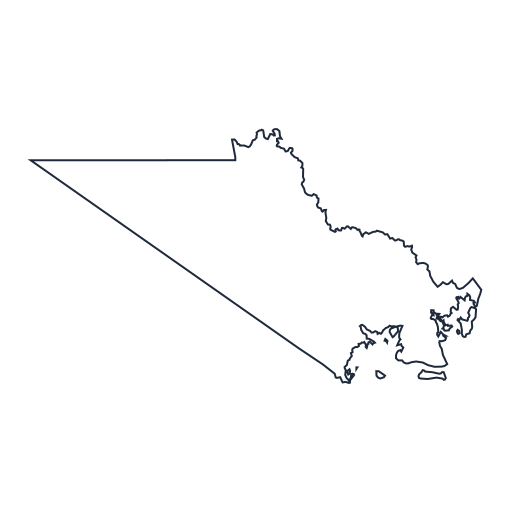 Lunga Lunga, Coast, Kenya (Albers equal-area conic projection)
{"feature_id": "3690345B53478860661951", "entity_name": "Lunga Lunga", "entity_type": "district", "adm_level": 2, "iso_a3": "KEN", "parent_name": "Kenya", "parent_adm1": "Coast", "projection": "albers", "projection_center": [39.245, -4.434], "detail": "fine", "context": "isolated", "style": "outline", "palette": "slate", "viewbox_px": 512, "rotation_deg": 0, "n_neighbors": 0, "source": "geoboundaries", "source_scale": "gbopen_adm2", "svg_char_len": 6139}
<svg xmlns="http://www.w3.org/2000/svg" viewBox="0 0 512 512"><path d="M30.7,160.3L298.8,348.3L322.7,364.3L334.7,373.7L335.7,377.4L337.0,377.9L340.2,377.2L342.6,382.4L345.7,381.9L348.5,382.9L349.9,382.7L350.1,380.3L349.2,381.2L348.4,379.8L346.7,378.2L345.2,374.9L345.8,370.2L344.8,368.4L344.6,367.0L346.9,365.0L347.8,360.6L349.5,359.8L349.8,358.5L351.8,356.0L350.9,353.1L352.6,352.1L352.2,349.9L352.7,348.6L355.5,347.0L357.2,347.1L358.9,346.0L358.6,343.9L360.7,343.7L361.8,342.5L363.2,342.7L364.3,342.0L366.2,345.5L365.6,346.8L366.7,348.0L367.3,346.2L367.1,344.4L368.4,343.9L368.4,342.4L369.7,341.6L372.5,344.4L373.3,343.2L374.9,342.7L374.0,341.7L369.3,338.9L366.7,338.6L366.6,335.3L365.3,333.9L363.2,333.3L361.2,329.8L360.7,326.9L359.9,326.2L360.9,325.2L362.1,324.8L363.6,325.7L364.9,326.7L366.8,329.4L370.0,330.9L371.6,332.6L373.2,332.4L375.2,331.2L377.3,332.0L377.6,333.9L379.4,332.9L380.9,333.8L382.1,332.5L383.0,330.5L385.8,328.0L388.1,327.1L389.6,325.7L391.2,326.4L394.1,326.2L395.9,326.7L400.3,325.6L402.4,325.9L399.4,333.0L399.1,336.4L399.4,338.1L400.5,339.4L399.4,340.4L397.2,345.3L401.1,344.2L401.7,346.1L403.3,347.5L401.3,351.6L400.3,350.1L398.1,351.0L396.8,352.8L396.0,355.4L396.0,358.2L398.3,360.4L402.1,360.4L403.7,362.4L405.9,363.4L408.2,363.4L411.5,362.2L416.1,361.5L422.7,362.5L428.2,365.2L434.6,366.8L441.8,366.6L444.5,366.0L447.2,364.1L442.9,354.9L441.8,349.0L440.0,345.9L439.3,342.7L439.6,341.1L442.5,341.1L445.2,340.1L446.1,338.0L443.9,336.2L445.8,335.9L443.2,334.5L440.8,331.9L438.3,336.5L437.2,334.8L437.3,332.8L438.3,332.1L437.9,327.0L436.9,323.7L435.8,322.0L435.7,320.5L433.1,319.0L431.4,319.0L430.7,318.1L432.1,314.9L433.6,315.3L433.2,313.6L431.1,312.7L431.2,310.2L433.6,310.3L433.6,311.8L435.7,313.6L439.3,313.9L438.6,315.0L437.3,315.4L439.6,317.2L440.9,316.7L442.4,317.4L444.4,315.7L447.1,315.3L448.0,316.7L449.8,315.5L450.5,313.9L451.6,313.0L450.7,312.0L450.9,308.4L453.0,306.8L456.6,309.8L457.8,309.5L458.1,306.3L457.7,304.4L458.7,303.1L458.3,301.7L456.2,298.1L456.6,297.2L458.1,296.9L458.1,298.5L459.4,298.6L460.4,296.9L464.6,300.3L465.0,297.8L465.8,296.4L467.4,295.9L467.4,293.8L469.4,295.3L470.2,297.1L470.0,299.9L473.9,300.9L474.9,302.5L473.5,302.8L473.6,304.1L474.5,305.1L474.8,306.8L476.6,306.2L477.0,305.1L478.4,298.4L480.1,294.2L481.3,289.8L472.8,278.4L468.4,283.1L463.0,287.8L459.7,289.0L458.4,288.7L456.9,287.8L455.2,284.0L453.0,282.9L452.0,280.6L448.5,283.8L447.2,284.2L446.3,284.2L442.9,282.2L440.3,284.9L437.6,286.8L433.3,281.7L430.2,275.8L429.5,271.5L427.3,269.4L428.0,266.3L427.6,265.1L425.7,263.6L423.1,262.9L419.0,263.4L417.8,264.2L417.5,264.0L416.1,262.1L416.5,259.8L415.6,257.3L416.5,255.5L412.4,252.7L411.2,249.6L412.1,247.2L411.9,245.7L409.6,246.6L407.4,246.1L405.1,246.8L404.0,245.7L403.7,241.5L402.5,240.7L399.9,240.1L399.1,239.3L398.0,239.3L395.8,240.5L394.6,240.3L392.4,238.0L390.1,238.6L387.4,234.2L385.0,234.5L382.8,232.4L376.9,230.7L375.7,231.6L373.0,231.9L368.8,233.9L365.9,232.3L363.2,234.3L362.6,236.4L361.9,235.9L360.5,232.3L359.5,230.9L359.5,229.6L358.5,229.4L357.5,229.9L355.7,228.0L352.3,227.2L351.9,227.3L350.8,228.9L348.0,226.4L347.1,226.3L344.6,228.7L342.6,227.8L341.9,228.0L341.1,230.4L340.5,230.5L338.5,230.3L337.5,228.6L335.7,229.3L335.4,229.8L335.8,231.4L335.0,231.9L330.5,229.7L330.1,228.7L330.7,227.0L330.2,225.2L329.9,224.7L327.9,224.5L325.8,221.1L326.3,217.9L325.4,212.3L326.0,209.9L324.0,210.0L322.6,211.6L322.0,211.4L320.7,208.3L318.2,207.6L317.3,206.3L316.9,204.6L318.3,202.3L318.5,198.5L317.5,198.1L316.8,197.2L316.6,195.5L313.6,194.1L311.8,195.8L307.8,194.8L305.6,193.1L304.9,191.9L304.1,188.7L301.7,184.3L302.3,182.4L303.3,181.8L304.2,179.9L303.0,176.9L303.2,168.9L302.6,168.0L301.3,167.5L302.4,165.8L302.4,163.0L300.1,160.7L298.3,160.4L297.9,158.4L294.6,157.1L291.5,154.1L290.9,152.6L292.4,151.1L292.6,149.0L292.1,148.2L289.9,147.9L289.1,148.6L288.0,150.8L286.1,151.5L285.5,151.4L284.0,148.7L280.6,147.8L279.6,146.7L277.0,146.3L276.7,145.8L277.0,144.7L278.7,142.8L277.9,141.2L277.0,141.2L277.0,138.9L278.5,138.3L281.5,138.7L280.0,136.3L279.4,131.1L277.2,129.2L275.1,129.1L273.5,129.7L272.7,130.8L274.5,133.4L274.8,135.4L273.7,135.5L272.9,134.5L270.3,134.0L267.8,139.1L265.7,138.4L264.2,137.0L263.2,130.4L261.8,129.7L260.9,130.4L259.9,130.3L258.6,130.9L256.6,132.6L257.0,134.4L256.4,136.0L256.6,137.5L254.9,139.6L252.8,140.3L251.1,144.5L249.6,146.5L248.3,147.1L244.2,145.5L240.1,145.6L240.1,145.1L238.6,144.0L237.6,144.1L236.7,141.9L234.6,139.5L232.0,139.6L235.3,157.2L235.3,160.2L30.7,160.3ZM471.8,321.5L473.9,319.6L475.5,317.3L476.1,309.3L475.1,308.3L471.6,307.0L470.3,308.1L468.2,312.7L469.5,315.3L469.2,316.6L467.9,318.1L467.9,319.8L467.3,320.8L462.1,319.4L460.7,317.5L459.3,320.0L458.1,319.0L457.5,320.0L460.7,323.5L461.9,330.0L461.8,333.7L462.8,336.2L464.1,336.9L465.5,336.8L466.4,334.2L469.6,333.3L470.2,330.7L471.8,328.7L472.2,327.2L471.8,321.5ZM425.2,371.6L424.2,370.5L422.8,370.1L421.5,372.1L419.1,374.4L418.5,376.2L418.9,377.9L420.4,378.5L427.5,379.0L436.6,377.6L442.6,378.6L443.7,379.8L445.0,379.5L445.8,378.1L443.7,372.2L442.1,372.1L440.7,373.5L439.0,373.7L432.3,372.2L425.2,371.6ZM393.6,336.6L398.1,331.2L397.7,327.6L395.9,326.7L391.1,328.5L390.0,329.6L389.6,331.9L392.6,337.2L393.6,336.6ZM380.3,378.5L384.0,377.2L385.0,375.6L378.7,371.2L376.3,371.2L376.5,375.7L378.1,377.6L380.3,378.5ZM447.7,324.7L443.8,325.8L443.5,327.5L442.5,328.6L443.8,329.0L444.0,330.0L444.8,330.7L448.8,330.4L449.8,328.4L452.2,326.6L451.6,325.5L448.0,325.9L447.7,324.7ZM348.2,374.5L349.5,373.6L349.9,372.2L350.1,370.8L349.5,369.3L347.5,370.9L347.6,373.0L348.2,374.5ZM459.5,333.3L459.3,331.0L457.7,329.8L456.9,331.1L457.3,332.7L458.2,333.9L459.5,333.3ZM442.4,321.5L440.5,318.9L438.6,319.0L440.5,321.2L442.4,321.5ZM387.4,340.7L385.3,339.0L384.6,340.7L386.1,341.1L387.1,342.6L387.4,340.7ZM444.8,323.8L443.8,322.1L443.6,320.4L442.4,321.5L443.3,323.9L444.8,323.8ZM354.0,374.3L352.9,373.7L351.3,374.0L351.0,376.8L352.7,374.7L353.8,374.8L354.0,374.3ZM350.1,380.2L352.3,377.4L350.6,378.1L350.0,379.2L350.1,380.2ZM438.6,319.0L438.0,317.9L437.0,317.1L436.6,318.4L438.6,319.0ZM357.3,367.4L356.4,367.4L356.4,368.9L357.3,367.4Z" fill="none" stroke="#1e293b" stroke-width="2"/></svg>